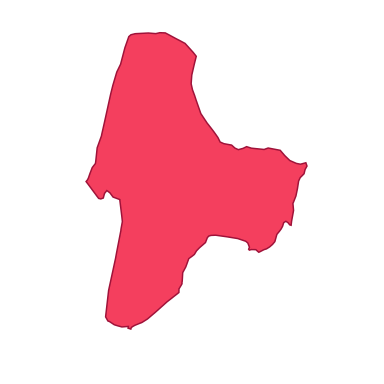 Chedepo, River Gee, Liberia, rotated 284°
{"feature_id": "62588387B99879349198662", "entity_name": "Chedepo", "entity_type": "district", "adm_level": 2, "iso_a3": "LBR", "parent_name": "Liberia", "parent_adm1": "River Gee", "projection": "robinson", "projection_center": [-8.027, 5.46], "detail": "fine", "context": "isolated", "style": "filled", "palette": "rose", "viewbox_px": 384, "rotation_deg": 284, "n_neighbors": 0, "source": "geoboundaries", "source_scale": "gbopen_adm2", "svg_char_len": 2151}
<svg xmlns="http://www.w3.org/2000/svg" viewBox="0 0 384 384"><g transform="rotate(284 192 192)"><path d="M149.7,271.4L150.5,272.4L153.5,275.8L154.8,278.0L157.5,280.6L160.6,282.8L163.9,284.4L171.4,284.6L175.2,286.4L177.6,287.4L180.7,288.2L183.0,288.3L184.5,288.4L186.0,289.9L186.3,290.2L185.4,292.7L183.8,294.7L183.7,296.2L187.8,295.7L198.7,295.0L205.3,292.7L207.2,293.0L213.3,293.8L220.8,293.5L228.4,292.8L232.1,293.5L236.8,296.3L241.2,296.3L245.0,297.3L247.9,295.4L245.2,290.5L245.0,286.3L246.2,279.3L248.4,275.5L249.8,273.1L253.8,267.5L253.1,255.2L252.3,254.1L252.1,253.7L250.7,251.7L250.6,250.9L248.9,239.1L249.2,234.0L246.7,231.0L244.3,226.7L245.0,223.0L247.1,219.1L246.6,211.3L247.3,207.2L251.1,204.0L255.5,198.9L258.4,195.3L262.6,189.9L270.2,181.6L282.4,173.6L286.4,171.1L291.2,167.8L296.8,165.0L305.4,163.5L316.3,163.3L324.7,163.3L327.8,159.3L334.5,149.3L337.1,138.7L339.1,130.9L339.7,128.4L339.9,127.6L338.8,122.3L336.9,118.5L335.7,111.2L331.9,98.7L331.5,97.9L329.8,94.7L327.5,93.1L315.7,92.0L298.7,91.8L290.2,90.0L276.3,89.4L273.6,89.4L267.5,89.4L238.6,90.2L225.3,90.5L224.7,90.6L211.9,89.3L207.7,89.9L199.1,91.1L196.3,91.4L191.6,89.3L185.1,88.5L180.5,88.1L178.4,87.6L176.5,86.7L174.5,89.2L164.7,101.1L163.2,103.0L163.2,105.2L164.7,107.4L165.8,107.4L166.4,107.4L169.5,107.5L171.4,108.4L172.8,109.0L172.2,110.5L171.3,112.6L168.0,116.6L167.2,123.8L166.5,124.0L151.1,129.9L146.4,131.6L138.6,132.1L137.6,132.3L115.0,133.5L108.8,133.9L76.3,134.9L75.6,135.0L50.5,138.3L49.9,138.4L49.4,138.9L46.5,141.6L46.3,143.3L44.4,148.7L44.2,152.2L44.1,156.6L46.2,162.8L44.4,162.9L44.2,165.8L45.2,165.8L46.5,166.4L47.5,167.4L48.9,168.9L53.5,175.2L58.0,179.5L67.1,186.0L79.2,194.2L91.3,203.6L93.6,203.1L94.8,202.8L98.7,204.0L100.5,204.5L102.2,204.1L103.1,204.1L111.5,202.5L114.7,203.3L117.8,204.1L119.7,204.3L126.6,205.0L129.3,207.3L130.7,208.4L132.0,209.4L136.0,210.6L139.8,212.8L146.2,217.3L151.2,217.9L153.2,218.8L153.7,219.7L153.9,219.9L154.5,221.0L155.8,225.4L157.0,236.8L157.9,247.7L157.2,256.1L156.0,258.5L152.3,261.1L150.2,260.8L149.5,261.7L150.5,263.5L151.5,267.9L150.1,270.5L149.7,271.4Z" fill="#f43f5e" stroke="#9f1239" stroke-width="1.5"/></g></svg>